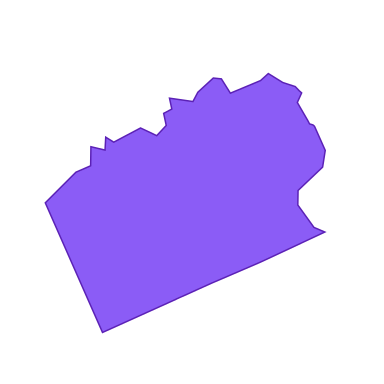 Yadkin, North Carolina, United States of America, rotated 334°
{"feature_id": "52423323B7501124425209", "entity_name": "Yadkin", "entity_type": "district", "adm_level": 2, "iso_a3": "USA", "parent_name": "United States of America", "parent_adm1": "North Carolina", "projection": "natural_earth1", "projection_center": [-80.603, 36.167], "detail": "fine", "context": "isolated", "style": "filled", "palette": "violet", "viewbox_px": 384, "rotation_deg": 334, "n_neighbors": 0, "source": "geoboundaries", "source_scale": "gbopen_adm2", "svg_char_len": 789}
<svg xmlns="http://www.w3.org/2000/svg" viewBox="0 0 384 384"><g transform="rotate(334 192 192)"><path d="M50.0,279.0L130.8,281.4L131.2,281.3L131.6,281.3L132.0,281.4L132.6,281.4L133.8,281.4L144.1,281.8L152.4,282.0L169.2,282.5L221.8,285.0L225.7,285.1L293.8,286.2L286.1,277.3L281.4,250.1L288.0,237.1L320.3,226.9L330.0,213.0L330.9,187.2L330.8,186.3L330.3,185.1L330.1,184.7L327.5,182.3L327.4,178.6L325.9,157.7L334.0,151.0L333.8,150.5L333.1,148.8L332.9,148.5L331.0,142.5L321.6,133.4L312.5,119.0L302.5,121.9L269.8,120.0L268.0,103.2L261.1,98.9L241.0,104.9L232.5,111.1L212.9,97.8L210.2,108.6L201.0,108.9L198.0,120.9L185.0,125.9L173.8,111.9L143.5,112.9L138.5,104.9L132.2,116.2L121.0,107.0L112.4,124.0L96.4,123.3L55.4,137.4L50.0,279.0Z" fill="#8b5cf6" stroke="#5b21b6" stroke-width="1.5"/></g></svg>